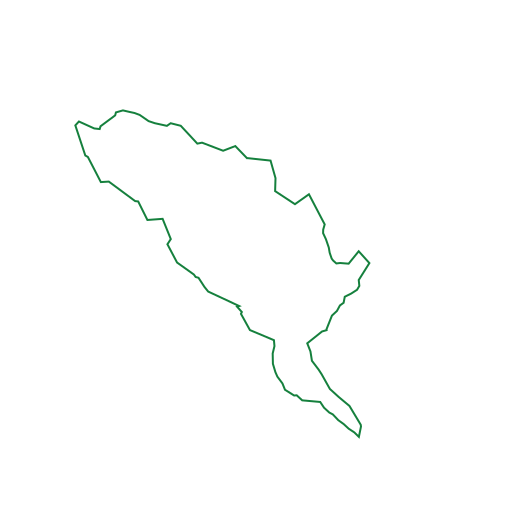 Ibesikpo Asutan, Akwa Ibom, Nigeria, rotated 328°
{"feature_id": "59680162B22561739962750", "entity_name": "Ibesikpo Asutan", "entity_type": "district", "adm_level": 2, "iso_a3": "NGA", "parent_name": "Nigeria", "parent_adm1": "Akwa Ibom", "projection": "equal_earth", "projection_center": [7.957, 4.894], "detail": "fine", "context": "isolated", "style": "outline", "palette": "green", "viewbox_px": 512, "rotation_deg": 328, "n_neighbors": 0, "source": "geoboundaries", "source_scale": "gbopen_adm2", "svg_char_len": 1409}
<svg xmlns="http://www.w3.org/2000/svg" viewBox="0 0 512 512"><g transform="rotate(328 256 256)"><path d="M276.6,356.3L277.1,355.4L288.8,346.8L295.5,345.5L301.0,342.4L305.5,342.1L309.7,337.6L316.8,338.3L323.8,338.2L327.8,336.1L330.4,330.8L348.4,322.1L345.6,306.4L330.5,311.6L323.6,306.5L320.2,304.9L319.0,300.7L318.8,298.3L320.2,292.3L322.2,287.4L324.2,278.8L325.0,272.2L327.0,269.2L331.0,265.6L333.6,231.7L316.5,232.7L306.6,211.1L313.8,200.3L318.9,182.8L300.8,168.6L300.2,168.3L296.7,151.8L286.4,149.8L283.9,149.3L270.3,131.3L265.8,129.6L261.2,105.7L254.0,98.2L249.4,98.4L240.6,89.8L236.4,84.7L232.1,74.7L228.8,70.4L225.1,66.8L220.3,62.0L213.3,60.0L211.1,62.1L192.9,63.6L190.7,65.5L186.4,62.1L177.1,48.1L172.0,49.5L164.5,80.3L165.9,82.9L163.6,111.1L170.6,114.9L182.6,145.4L185.0,147.3L183.0,167.9L196.5,175.0L192.7,196.5L187.1,199.1L185.6,219.7L193.5,238.8L193.7,241.8L195.7,244.0L195.9,254.8L196.6,260.8L215.2,289.5L213.1,289.0L214.3,296.0L212.6,297.1L211.6,315.6L226.6,336.9L223.9,342.2L218.5,347.5L213.2,356.4L210.9,364.8L210.2,369.6L210.9,378.1L209.7,384.8L214.4,394.5L216.7,395.7L218.7,402.9L233.1,413.8L233.3,420.7L235.2,427.6L237.2,431.0L238.8,438.9L241.3,445.0L243.1,451.6L245.9,457.7L247.4,463.9L254.7,456.2L255.4,454.6L255.8,432.7L251.5,419.6L248.2,407.9L249.0,391.0L248.9,385.5L247.9,374.5L251.6,365.8L253.2,357.2L272.0,355.0L276.6,356.3Z" fill="none" stroke="#15803d" stroke-width="2"/></g></svg>